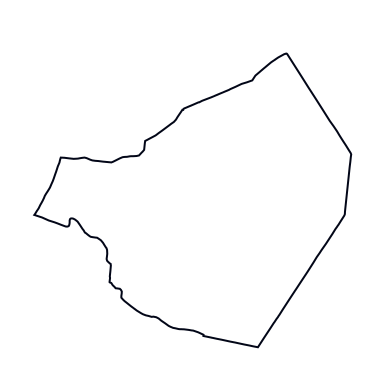 outline of Louga, Louga, Senegal, rotated 6°
{"feature_id": "50182788B22933374767599", "entity_name": "Louga", "entity_type": "district", "adm_level": 2, "iso_a3": "SEN", "parent_name": "Senegal", "parent_adm1": "Louga", "projection": "natural_earth1", "projection_center": [-16.123, 15.776], "detail": "fine", "context": "isolated", "style": "outline", "palette": "ink", "viewbox_px": 384, "rotation_deg": 6, "n_neighbors": 0, "source": "geoboundaries", "source_scale": "gbopen_adm2", "svg_char_len": 3397}
<svg xmlns="http://www.w3.org/2000/svg" viewBox="0 0 384 384"><g transform="rotate(6 192 192)"><path d="M189.2,102.1L184.1,105.0L175.4,109.8L175.0,110.2L174.8,110.6L174.7,111.2L174.4,111.2L174.0,111.2L173.9,111.2L172.6,113.7L171.4,115.9L169.7,119.1L168.5,121.7L166.6,124.3L165.4,125.3L163.8,126.7L163.1,127.4L156.4,133.6L154.4,135.4L152.8,136.8L150.5,139.0L149.8,139.6L144.0,143.5L142.1,144.8L140.1,146.1L140.0,148.1L140.0,155.1L138.8,156.9L137.8,158.1L135.5,161.2L133.1,162.0L130.0,162.5L126.8,162.9L123.7,163.8L121.1,164.2L119.5,164.6L119.2,164.7L116.7,166.1L110.3,170.2L109.1,170.8L108.8,171.0L100.1,171.1L95.6,171.0L92.5,171.1L89.6,171.0L87.4,170.5L83.6,169.3L81.5,169.0L78.9,169.6L77.1,170.1L75.1,170.7L73.4,171.0L70.9,171.4L68.8,171.4L66.4,171.4L61.6,171.3L57.9,171.5L57.8,172.0L57.6,172.7L57.3,174.8L57.1,176.6L56.5,178.6L55.9,180.5L54.8,185.8L54.0,189.1L53.1,193.1L52.4,195.8L51.3,199.1L50.3,202.4L48.6,206.0L47.1,208.9L46.0,211.3L45.5,213.2L44.4,216.3L43.4,218.7L42.5,220.7L41.2,224.3L39.6,227.3L38.3,230.1L37.6,231.3L45.5,233.0L52.5,235.3L58.4,236.5L61.6,237.3L64.8,238.2L67.9,239.0L69.9,239.5L71.2,239.5L72.1,239.3L73.2,238.4L73.5,236.6L73.5,235.1L73.3,233.1L73.5,231.8L74.1,231.1L75.3,230.8L76.7,230.9L78.7,231.7L81.3,233.4L83.9,236.4L87.0,240.2L88.2,241.4L89.7,243.5L91.1,244.2L92.7,245.3L94.8,246.6L95.2,246.8L96.2,247.2L96.7,247.2L98.0,247.3L100.7,247.4L102.4,247.4L104.0,248.2L106.4,249.5L108.8,251.8L110.7,254.3L112.4,256.4L112.8,256.7L113.5,258.3L113.6,258.5L113.7,259.1L114.2,262.4L114.1,267.6L114.7,269.1L115.2,269.7L117.7,271.6L118.6,272.0L119.0,273.6L119.1,279.1L119.1,284.6L119.5,286.1L119.4,290.2L119.9,290.6L120.0,290.6L121.2,290.9L121.3,291.0L122.9,293.0L125.0,294.6L126.1,295.7L127.8,295.7L129.6,295.8L130.3,295.8L131.5,296.7L132.6,298.3L132.7,300.3L132.6,302.8L132.8,304.5L134.5,306.1L136.4,307.6L139.1,309.3L141.1,310.6L143.3,312.0L149.5,315.7L154.1,317.9L156.0,318.7L159.0,319.5L161.7,319.8L164.9,320.4L166.7,320.0L169.6,320.3L172.1,321.3L174.9,323.2L179.0,325.4L182.8,327.6L184.7,328.3L187.4,329.1L189.8,329.3L193.0,329.7L194.6,329.7L195.4,329.6L196.9,329.5L198.5,329.4L203.2,329.5L206.1,329.7L207.7,329.7L212.9,330.9L215.8,331.9L218.4,332.8L218.4,334.0L226.6,334.8L227.1,334.9L227.6,334.9L232.2,335.4L232.3,335.4L236.8,335.8L241.4,336.3L246.0,336.8L250.7,337.2L255.2,337.7L255.3,337.7L259.9,338.2L264.5,338.6L269.1,339.1L273.8,339.5L278.9,329.5L284.1,319.5L287.2,313.4L287.4,313.2L289.2,309.7L289.3,309.5L290.5,307.5L291.2,306.0L291.8,305.0L294.5,299.5L299.6,289.5L304.8,279.4L305.0,279.0L305.2,278.7L310.0,269.4L315.2,259.4L320.2,249.4L322.9,243.7L324.4,241.0L325.3,239.4L326.2,237.6L327.2,235.7L330.7,229.4L334.5,222.0L335.9,219.3L338.5,213.9L340.1,211.1L340.5,210.2L341.0,209.5L341.1,209.3L342.7,206.0L345.9,199.6L346.3,198.3L346.3,198.0L346.3,197.0L346.2,195.9L346.2,189.6L346.2,179.8L346.2,170.1L346.2,160.4L346.2,150.5L346.3,145.3L346.3,140.8L346.4,137.9L346.2,137.6L345.7,136.6L343.7,134.1L342.0,131.9L340.3,129.7L337.2,125.9L334.8,122.9L332.6,120.1L330.0,116.6L327.4,113.5L325.8,111.6L325.7,111.5L321.6,106.9L313.4,96.5L305.2,86.2L296.9,75.9L288.7,65.5L280.5,55.2L272.3,44.9L271.7,44.5L271.0,44.7L270.9,44.6L269.3,45.3L263.7,49.2L257.2,54.7L249.9,62.2L242.9,69.6L241.6,72.1L240.3,74.7L235.1,77.2L230.1,79.3L224.2,82.9L219.3,85.7L218.4,86.4L209.8,91.1L201.3,95.8L192.6,100.2L189.7,102.1L189.2,102.1Z" fill="none" stroke="#020617" stroke-width="2"/></g></svg>